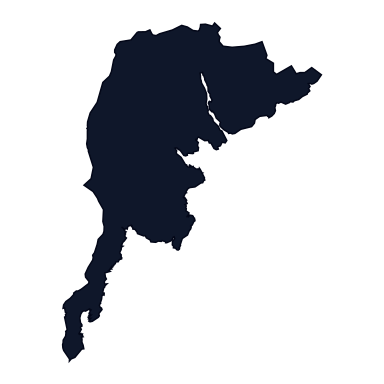 Kvam nor, Hordaland, Norway (orthographic projection)
{"feature_id": "86288312B50170416612347", "entity_name": "Kvam nor", "entity_type": "district", "adm_level": 2, "iso_a3": "NOR", "parent_name": "Norway", "parent_adm1": "Hordaland", "projection": "orthographic", "projection_center": [6.141, 60.317], "detail": "fine", "context": "isolated", "style": "filled", "palette": "ink", "viewbox_px": 384, "rotation_deg": 0, "n_neighbors": 0, "source": "geoboundaries", "source_scale": "gbopen_adm2", "svg_char_len": 5933}
<svg xmlns="http://www.w3.org/2000/svg" viewBox="0 0 384 384"><path d="M117.2,44.4L114.7,49.9L114.7,52.4L116.0,54.0L115.9,55.9L113.7,59.9L111.4,71.7L109.5,76.2L102.9,82.4L97.2,102.4L90.2,113.0L87.6,121.8L87.4,125.8L87.8,127.3L86.9,128.4L87.8,130.0L87.4,130.6L87.4,138.9L86.7,143.8L87.4,147.7L88.5,149.9L88.3,151.0L93.4,167.3L91.1,178.7L84.0,185.2L93.1,191.5L97.5,198.2L98.7,201.2L103.5,209.6L102.9,221.5L104.2,226.4L104.0,231.3L103.0,234.3L98.2,239.4L97.2,244.4L94.5,252.7L92.7,255.2L93.2,257.6L92.7,260.1L88.2,267.4L85.2,274.0L85.6,277.2L89.1,281.6L88.6,283.6L81.3,289.2L78.1,291.0L76.3,291.0L73.7,293.1L73.9,294.0L73.3,295.0L70.2,298.4L65.9,301.5L63.6,304.9L63.1,308.3L64.6,307.8L65.4,312.3L66.5,312.7L66.2,314.0L65.5,314.4L65.8,316.2L64.6,317.1L67.2,329.7L65.7,331.5L66.0,332.7L65.6,336.1L63.2,340.1L63.1,342.8L62.6,344.6L62.9,348.0L63.7,350.5L69.5,359.0L69.4,361.0L71.2,358.9L74.9,357.4L81.7,349.1L83.8,348.8L83.1,345.2L81.9,342.1L82.0,339.2L81.5,337.2L82.9,336.8L82.4,336.4L82.7,336.0L82.2,334.5L82.4,334.0L81.6,334.0L81.8,335.4L80.9,333.5L79.7,334.4L78.9,333.8L81.3,329.3L80.4,327.9L80.6,326.8L81.9,326.2L81.9,324.8L80.5,322.7L79.8,318.0L80.7,314.3L82.1,311.9L83.7,310.8L85.6,311.1L89.5,308.9L90.0,309.2L89.9,310.1L90.9,310.1L89.1,313.2L89.6,313.5L89.3,314.5L89.9,314.5L89.0,315.6L90.8,315.3L88.4,317.6L89.5,318.0L88.9,318.7L89.7,318.7L89.4,319.0L90.4,318.7L89.1,320.1L89.6,320.6L89.2,321.0L90.1,321.2L89.6,321.6L90.0,321.8L92.3,321.3L98.3,317.3L99.3,315.8L98.8,313.6L102.0,309.6L101.5,308.1L100.0,307.1L99.4,305.5L99.7,304.2L100.6,303.4L100.4,302.8L101.6,299.0L102.0,295.3L103.3,295.1L103.6,294.1L104.1,294.6L104.2,293.1L103.0,292.9L102.8,292.0L103.6,288.3L104.8,286.8L104.7,286.0L106.9,283.9L105.0,284.1L104.3,283.0L104.6,280.9L106.4,279.0L105.4,277.1L104.8,272.9L110.1,271.4L108.6,270.5L110.1,269.8L109.2,269.9L110.5,269.2L110.3,268.5L111.0,268.3L110.9,267.7L111.1,267.4L111.1,268.8L111.7,269.0L111.4,267.5L112.7,267.0L113.0,266.0L113.8,265.5L113.8,264.6L115.2,263.8L116.0,261.8L118.1,261.8L119.3,259.6L121.6,258.9L121.8,257.8L121.2,257.3L121.1,254.6L120.1,253.7L119.8,252.2L121.1,249.7L121.4,247.2L122.9,246.2L121.2,245.8L122.0,244.3L121.7,244.3L121.9,243.5L123.5,241.6L122.9,241.5L124.2,241.1L126.4,238.0L125.0,236.8L125.0,234.6L125.5,234.0L124.8,233.4L126.0,231.9L125.0,231.6L123.5,228.8L121.5,227.0L123.5,228.4L124.5,230.1L124.8,230.2L125.0,229.1L125.9,228.4L127.2,229.1L127.8,226.6L128.4,226.1L131.5,225.2L132.0,225.9L131.6,226.4L132.8,227.8L132.8,229.0L135.2,229.5L137.3,232.5L137.5,233.6L143.6,235.9L145.2,235.6L146.4,237.9L150.1,239.9L150.9,241.9L155.8,242.3L158.2,241.1L161.3,241.4L162.1,240.6L165.0,241.5L165.8,242.2L165.7,242.7L166.8,242.7L170.6,241.0L172.1,239.6L173.1,237.3L173.7,236.9L174.0,237.1L173.6,238.0L174.3,237.2L174.7,238.6L172.5,241.5L172.3,244.9L173.6,246.3L173.4,247.8L175.7,248.2L176.6,249.6L178.1,250.1L179.4,249.1L179.6,247.9L179.2,247.5L180.5,245.6L180.3,244.6L182.3,238.5L187.5,235.0L189.1,231.0L190.7,228.9L191.2,227.0L190.7,226.2L192.2,225.0L194.0,221.2L194.7,221.1L195.0,220.1L194.6,219.8L194.5,218.2L193.4,217.4L193.3,216.4L192.4,215.6L189.6,215.1L188.6,216.6L188.3,216.1L186.4,217.2L188.5,214.5L189.0,212.9L186.0,210.9L186.3,208.4L185.6,207.3L186.2,206.3L186.0,205.3L185.0,204.6L187.1,203.5L185.8,200.7L186.6,200.2L185.0,197.9L184.7,198.3L184.3,197.5L184.5,196.6L183.9,197.8L183.3,197.3L185.5,193.1L186.3,192.8L186.0,192.6L186.2,191.4L188.0,188.6L189.7,187.6L195.0,186.9L200.8,183.0L202.7,182.7L203.6,180.7L204.8,180.0L204.2,179.2L204.5,177.9L202.2,173.4L202.7,173.0L202.0,172.8L200.2,169.4L199.4,169.4L199.9,169.0L199.4,168.3L199.3,168.9L196.2,169.1L193.4,167.2L193.2,166.4L191.5,166.9L190.7,166.4L190.9,165.7L189.5,165.0L189.3,165.4L189.9,167.0L188.8,167.3L187.2,166.4L186.6,164.9L185.5,164.7L181.1,157.3L176.6,153.8L176.2,152.5L176.6,151.7L176.3,150.2L175.8,149.6L175.8,148.5L175.1,148.1L176.1,147.7L177.7,148.4L178.1,149.6L179.2,149.5L180.9,151.3L183.8,155.4L185.6,155.9L187.4,155.2L187.2,154.0L188.1,153.2L192.7,153.6L193.4,153.4L193.2,152.4L193.5,151.9L198.1,150.7L198.5,147.5L197.7,146.5L197.6,144.9L198.3,142.4L197.2,141.7L196.7,140.3L195.9,140.3L195.8,139.4L197.1,139.2L197.7,137.5L198.5,137.0L204.7,140.7L208.2,140.4L209.3,143.0L211.0,143.1L214.0,148.5L216.3,149.7L218.3,149.1L217.6,146.7L220.4,145.8L222.1,142.2L225.2,142.9L226.8,140.5L221.9,131.0L219.9,130.1L218.3,126.3L213.3,121.5L212.7,118.7L210.4,115.6L209.0,115.0L207.7,111.9L208.2,110.7L208.1,109.6L207.3,108.3L207.4,106.5L206.7,106.1L206.0,103.4L206.8,99.1L206.5,93.6L204.5,88.3L201.6,83.1L201.1,80.3L200.6,79.3L200.4,75.1L199.9,73.2L202.6,72.4L203.0,75.0L203.8,75.8L204.7,78.3L204.8,79.9L206.8,83.8L207.2,85.6L208.0,86.3L208.2,91.5L210.1,94.1L210.0,96.0L212.1,100.1L211.1,102.0L209.4,101.3L208.6,102.3L208.4,103.5L209.2,104.9L209.3,108.1L209.8,109.7L211.9,111.7L212.1,111.0L212.7,111.1L214.7,114.0L216.3,118.1L220.1,121.7L220.5,122.7L220.0,123.4L219.8,125.2L220.5,126.6L224.0,129.8L228.3,132.4L228.6,133.4L231.0,133.1L232.2,133.9L234.9,133.4L240.8,129.3L251.6,126.6L254.4,123.2L255.1,119.5L259.7,116.3L267.0,115.4L267.8,116.4L268.6,116.3L268.9,117.7L271.8,116.0L274.2,113.5L275.4,110.7L274.8,107.5L275.6,105.6L275.3,104.9L276.7,102.7L278.6,103.2L280.9,102.0L285.6,104.1L289.5,102.5L289.8,102.1L289.2,102.4L289.9,101.6L293.0,102.0L294.4,100.7L298.7,99.5L302.4,96.5L307.2,94.1L307.4,93.0L309.8,90.9L308.5,88.6L310.0,86.5L308.3,83.6L310.1,83.4L311.8,84.1L313.7,83.5L317.0,81.2L321.4,74.8L311.7,67.6L304.8,72.6L300.1,72.6L296.2,73.8L291.4,65.9L276.6,74.4L273.4,71.9L273.4,63.2L265.8,58.6L266.9,55.3L262.0,41.7L255.1,44.2L244.3,46.3L232.1,47.3L223.1,46.2L219.3,41.8L219.3,39.9L220.0,37.2L218.2,34.7L217.4,32.4L220.4,28.5L214.6,23.0L212.5,26.1L205.5,24.2L200.6,24.5L200.3,27.2L199.2,30.3L197.9,31.1L193.0,30.5L187.4,27.0L181.7,25.4L172.4,30.0L159.5,33.8L156.2,35.6L153.1,35.1L151.8,33.8L149.9,29.9L145.5,31.8L138.4,31.9L137.2,32.4L130.9,40.0L120.1,41.7L117.2,44.4Z" fill="#0f172a" stroke="#020617" stroke-width="1.5"/></svg>